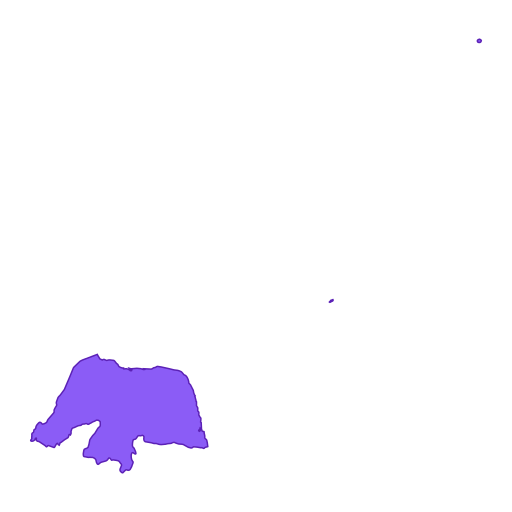 Rio Grande do Norte, Robinson projection
{"feature_id": "BRA-628", "entity_name": "Rio Grande do Norte", "entity_type": "State", "adm_level": 1, "iso_a3": "BRA", "parent_name": "Brazil", "parent_adm1": "", "projection": "robinson", "projection_center": [-36.505, -3.043], "detail": "fine", "context": "isolated", "style": "filled", "palette": "violet", "viewbox_px": 512, "rotation_deg": 0, "n_neighbors": 0, "source": "natural_earth", "source_scale": "10m", "svg_char_len": 5816}
<svg xmlns="http://www.w3.org/2000/svg" viewBox="0 0 512 512"><path d="M97.3,354.4L97.6,355.1L99.9,358.9L102.3,360.0L103.2,359.5L104.1,359.4L104.8,359.7L106.4,360.4L107.0,360.4L108.3,360.0L109.7,359.9L113.8,360.4L114.6,361.0L116.2,363.0L116.4,363.4L116.9,363.7L117.6,364.2L118.1,364.9L118.3,365.5L119.0,366.6L120.7,367.5L122.5,368.0L123.6,368.0L123.6,368.8L124.3,368.9L126.3,368.7L127.9,369.1L128.8,369.5L130.2,370.6L131.0,370.8L131.6,370.6L131.9,369.6L131.5,369.4L129.7,368.9L129.3,368.3L130.9,368.8L136.9,368.3L140.9,368.7L142.9,369.4L143.8,369.6L144.9,369.4L144.9,369.1L143.2,369.1L143.2,368.7L151.1,369.1L151.9,368.9L153.6,367.8L155.4,367.4L156.7,366.6L157.6,366.4L161.4,367.0L168.7,368.6L174.0,369.9L177.8,370.4L179.4,370.9L181.2,371.7L182.1,372.5L183.9,374.7L184.7,375.1L185.6,375.5L186.4,376.3L187.1,377.3L188.0,379.2L188.4,380.4L188.7,381.6L188.8,382.9L189.1,383.4L190.5,384.9L193.3,390.4L193.7,392.7L194.1,393.9L194.6,395.0L195.2,395.9L194.8,396.3L195.0,396.8L196.0,400.6L196.0,401.2L196.5,401.8L196.5,405.7L196.9,406.4L197.3,407.0L197.7,407.7L197.8,408.9L197.7,409.8L197.7,410.3L197.8,411.0L198.7,412.0L198.8,412.1L198.9,412.7L198.8,414.6L198.9,415.2L199.4,415.9L199.5,416.4L199.7,416.7L200.5,417.6L200.8,418.1L200.9,418.7L200.8,420.4L200.6,421.6L200.6,422.1L201.0,422.3L201.2,422.6L201.5,429.1L200.1,428.0L199.9,429.0L198.7,430.3L198.7,430.8L199.5,431.3L200.2,430.7L200.8,429.9L201.3,429.5L201.8,429.8L202.2,431.1L202.6,431.4L203.6,431.4L204.0,431.6L204.1,431.9L204.2,433.2L204.7,435.4L204.8,436.4L204.7,437.3L204.8,437.8L205.1,438.5L205.5,438.9L206.2,439.4L206.5,439.7L206.8,440.5L207.3,442.8L207.8,446.6L207.6,446.7L205.4,447.3L204.8,447.6L204.1,448.3L203.6,448.4L203.1,448.2L202.1,447.7L200.4,447.7L197.0,447.1L193.5,446.8L192.3,447.7L191.6,447.9L191.1,448.0L188.3,447.3L184.5,445.2L183.3,444.5L181.9,444.2L178.7,444.0L175.9,443.1L174.7,442.5L174.1,442.4L173.4,442.4L172.7,442.6L171.5,443.2L170.9,443.4L167.7,443.7L165.5,444.2L161.1,444.6L159.2,444.4L156.2,443.5L155.2,443.5L154.5,443.5L153.9,443.5L151.5,442.8L145.2,441.7L144.3,440.9L144.0,440.2L143.8,439.1L143.8,438.3L143.9,437.6L144.0,437.0L143.8,436.4L143.3,435.7L142.3,435.3L141.0,435.7L140.4,435.8L139.9,435.8L139.3,435.6L138.8,435.6L138.3,435.8L137.8,436.1L136.3,438.3L135.5,439.1L134.0,439.5L133.5,439.7L133.1,440.2L132.8,441.3L132.5,443.3L132.4,445.4L132.6,446.4L132.9,447.0L134.0,448.1L134.2,448.5L135.5,451.5L135.9,453.2L135.9,453.7L135.5,454.0L135.0,453.9L134.5,453.7L133.7,453.1L133.3,452.8L132.9,452.6L132.4,452.7L132.0,452.9L131.7,453.4L131.4,454.1L131.2,455.1L131.2,455.8L131.2,457.0L131.4,458.2L131.6,459.3L131.8,459.9L132.1,460.3L132.3,460.8L132.6,461.2L132.9,461.6L133.1,462.1L133.0,462.8L132.8,463.5L132.3,464.7L131.6,466.8L131.3,467.3L130.3,469.2L129.9,469.6L129.5,470.0L128.7,470.2L128.1,470.3L126.5,469.8L125.7,470.0L125.4,470.2L122.9,472.7L122.4,472.8L121.7,472.5L120.7,471.6L120.2,470.9L120.0,470.2L120.0,469.6L120.1,469.0L121.5,465.5L121.5,464.9L121.4,464.3L120.9,463.7L120.3,463.0L119.5,461.8L119.0,461.3L118.3,460.8L116.5,460.4L113.3,459.9L112.7,460.0L112.2,460.1L111.6,460.2L111.1,459.7L110.3,458.6L109.9,458.2L109.4,458.0L109.0,458.0L108.8,458.1L108.4,458.5L107.7,459.6L107.2,460.1L106.7,460.5L106.2,460.8L105.7,461.0L101.4,462.2L100.9,462.4L100.4,462.7L98.8,464.0L98.2,464.3L97.6,464.2L97.1,463.7L96.4,462.2L96.0,460.4L95.8,459.7L95.4,459.1L94.5,458.3L93.8,457.9L93.1,457.6L92.6,457.4L92.0,457.4L90.9,457.4L90.4,457.3L89.8,457.3L88.7,457.4L88.2,457.4L85.4,456.8L84.6,456.7L84.2,456.6L83.8,456.4L83.5,455.9L83.4,455.3L83.3,454.7L83.3,453.4L83.8,450.5L84.0,449.9L84.2,449.4L84.7,449.1L85.3,448.7L86.5,448.4L88.0,447.4L89.0,444.2L89.7,440.4L89.8,439.9L90.3,439.0L92.7,435.6L94.8,433.4L97.9,428.3L98.6,427.5L99.8,426.6L100.3,425.3L100.2,421.8L100.0,421.5L99.7,421.2L99.3,420.9L98.9,420.6L98.3,420.3L96.8,420.1L96.2,420.3L94.6,421.2L92.7,421.9L90.6,423.2L89.5,423.6L89.0,424.1L88.2,424.3L87.7,424.2L86.8,423.7L86.3,423.6L85.8,423.6L84.5,424.0L83.0,424.1L82.5,424.2L82.0,424.4L81.5,424.9L81.1,425.2L80.6,425.4L78.9,425.6L77.8,425.9L74.6,427.4L72.9,428.0L72.4,428.2L72.0,428.6L71.7,429.3L71.5,429.9L71.3,430.6L71.0,431.5L71.1,433.1L71.0,433.6L70.6,434.6L70.4,435.0L70.0,434.8L69.7,434.6L69.3,434.5L69.0,434.8L68.8,435.6L68.6,436.4L68.3,437.1L67.9,437.7L64.6,439.7L61.2,442.3L60.6,442.6L60.4,442.6L60.1,442.8L59.9,443.2L59.8,443.8L59.2,445.2L58.2,444.6L58.0,444.2L57.8,443.8L57.6,443.4L57.2,443.4L56.7,443.7L56.3,444.2L54.7,447.0L54.4,447.4L54.0,447.5L48.6,445.6L48.1,445.6L47.7,445.8L47.2,446.4L46.6,446.8L46.3,446.7L46.0,446.5L45.0,445.5L39.1,441.6L38.2,441.4L37.4,441.2L36.8,440.8L36.3,440.1L36.3,439.4L36.4,438.4L36.2,438.1L35.8,438.2L35.4,438.4L34.8,439.9L33.6,440.8L32.8,441.1L32.2,441.2L31.6,441.2L31.2,441.1L30.8,440.8L30.7,440.3L30.9,439.9L31.2,439.6L31.5,439.2L31.7,438.7L31.8,438.0L31.7,437.2L31.9,435.7L31.8,434.6L31.9,433.9L32.1,433.3L32.5,433.0L33.3,432.4L33.6,432.0L33.7,431.5L33.9,430.3L34.1,429.7L35.4,428.9L35.6,428.5L35.8,427.8L35.9,427.0L36.3,425.9L36.9,424.9L38.1,423.5L38.9,422.7L39.6,422.3L40.1,422.3L40.6,422.5L41.0,422.7L42.0,423.8L42.4,424.1L43.1,424.0L44.0,423.8L45.7,423.0L46.5,422.4L47.0,421.7L47.2,421.2L47.5,420.4L48.0,419.5L53.5,413.1L54.1,412.2L54.1,411.6L54.1,410.4L54.2,409.8L54.4,409.3L55.4,407.4L56.5,405.7L56.7,404.8L56.3,403.0L56.3,402.7L56.5,401.7L58.0,397.6L58.9,396.4L59.5,395.9L60.4,394.9L64.0,390.0L64.4,389.4L69.9,376.5L73.4,367.9L73.8,367.3L79.9,361.4L80.5,361.0L82.5,360.0L97.3,354.4ZM478.2,39.6L479.5,39.2L480.7,39.7L481.3,40.6L481.1,41.3L480.7,42.0L480.1,42.4L479.1,42.5L478.1,42.3L477.6,41.8L477.3,41.0L477.5,40.3L478.2,39.6ZM332.3,299.8L332.9,299.6L333.1,300.0L333.0,300.6L332.5,301.1L331.8,301.3L330.5,302.1L329.8,302.3L329.4,302.0L329.7,301.6L330.2,301.2L330.5,300.9L330.7,300.4L331.2,300.2L331.8,300.0L332.3,299.8Z" fill="#8b5cf6" stroke="#5b21b6" stroke-width="1.5"/></svg>